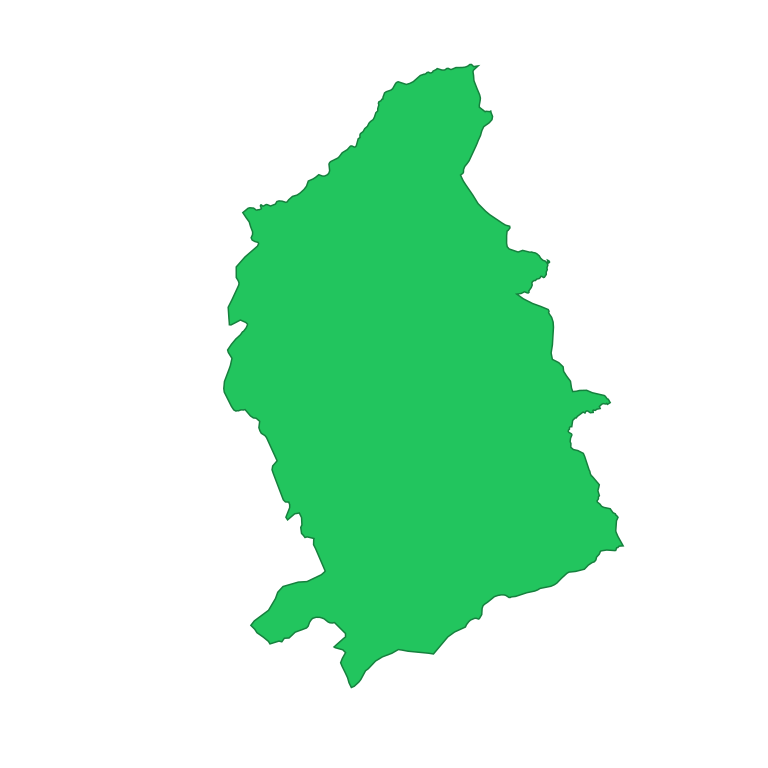 Kapanga, Katanga, Democratic Republic of the Congo, rotated 63°
{"feature_id": "63176286B41140464701712", "entity_name": "Kapanga", "entity_type": "district", "adm_level": 2, "iso_a3": "COD", "parent_name": "Democratic Republic of the Congo", "parent_adm1": "Katanga", "projection": "orthographic", "projection_center": [22.662, -8.489], "detail": "fine", "context": "isolated", "style": "filled", "palette": "green", "viewbox_px": 768, "rotation_deg": 63, "n_neighbors": 0, "source": "geoboundaries", "source_scale": "gbopen_adm2", "svg_char_len": 6170}
<svg xmlns="http://www.w3.org/2000/svg" viewBox="0 0 768 768"><g transform="rotate(63 384 384)"><path d="M636.8,244.4L626.0,244.8L621.5,244.5L620.1,244.2L611.3,238.9L610.5,237.8L609.0,236.0L606.7,236.5L606.3,236.9L604.7,236.8L602.6,238.4L597.8,239.1L593.7,244.2L591.7,245.7L589.1,246.1L586.1,247.5L584.9,247.3L583.7,245.1L582.0,244.3L581.3,242.8L576.2,241.9L573.5,239.5L571.5,237.9L560.5,240.5L560.1,240.9L557.6,240.9L555.0,240.2L553.9,240.3L539.6,238.1L536.3,237.9L531.3,241.5L528.4,245.0L525.2,246.3L521.9,244.5L519.8,244.3L517.0,242.4L514.7,239.7L513.6,239.6L511.1,241.2L509.8,241.4L508.7,240.4L508.5,239.3L507.1,238.6L506.6,237.3L507.3,236.1L502.1,232.4L501.0,229.0L501.5,228.2L500.6,226.3L499.4,219.3L501.1,218.1L500.1,216.7L500.0,215.9L500.5,214.8L503.3,213.2L504.3,210.5L502.4,209.8L502.3,209.2L503.4,207.8L503.1,205.7L504.0,202.5L501.8,202.3L500.9,199.2L500.9,197.7L502.6,195.3L502.4,194.3L503.6,194.1L503.3,190.9L499.4,191.1L498.5,191.9L495.4,192.4L494.2,193.0L486.3,202.4L481.6,206.3L478.5,212.8L477.8,215.9L476.4,219.3L472.8,218.8L466.2,216.6L459.7,217.7L454.3,218.2L450.0,216.6L444.5,218.5L438.5,222.8L432.2,221.0L425.6,216.2L410.3,207.2L405.6,205.2L400.8,204.4L396.8,204.9L395.1,204.9L394.1,203.9L392.2,203.9L386.1,209.1L379.7,215.1L371.3,221.2L364.2,224.9L365.6,220.6L365.6,217.0L367.9,215.0L368.4,214.0L368.0,213.0L366.9,212.8L364.9,209.0L363.1,207.0L361.1,206.4L360.3,205.4L359.9,203.4L360.5,202.3L359.9,200.0L360.5,197.9L360.2,196.7L359.3,195.2L360.0,194.3L361.5,193.6L361.7,192.6L360.1,189.7L357.8,188.6L356.3,186.6L354.5,186.1L352.4,184.0L351.4,183.9L350.9,183.5L350.8,181.6L350.5,181.1L349.1,181.2L347.9,182.1L349.4,182.4L350.1,183.9L348.0,184.3L345.8,186.3L343.1,187.3L340.3,187.5L337.3,188.7L335.7,189.9L334.3,191.8L333.5,192.4L332.8,194.2L327.9,199.8L327.3,204.6L320.5,211.2L317.6,211.9L314.3,210.9L307.3,207.3L303.6,204.9L303.5,203.7L302.1,200.9L300.5,200.4L297.6,203.6L294.2,205.7L281.2,212.9L276.3,215.0L266.0,218.3L256.0,219.1L243.1,220.8L238.9,221.2L232.6,221.0L232.1,218.1L231.3,217.0L229.1,215.8L226.9,213.4L225.4,210.0L223.8,206.9L213.7,194.0L211.7,191.6L209.8,189.5L206.4,185.2L204.4,183.4L202.6,181.7L200.0,178.3L199.0,171.6L197.5,167.8L194.9,165.8L190.9,165.4L189.3,165.0L189.3,166.2L187.3,169.3L187.3,170.3L180.7,173.4L178.8,172.5L175.0,169.6L173.0,168.3L169.7,167.5L162.9,167.0L155.0,166.2L153.9,165.9L149.7,164.1L146.0,162.9L144.9,161.6L143.3,155.8L141.9,160.0L139.0,161.0L138.3,162.4L138.8,165.2L138.5,167.9L137.5,170.6L134.7,176.3L134.4,180.9L133.9,182.0L131.9,183.5L131.4,184.8L131.8,187.3L131.2,188.7L130.5,189.9L127.1,193.4L127.5,194.7L127.5,198.3L128.2,199.1L128.2,201.0L127.6,202.0L126.4,202.7L126.0,204.2L126.5,205.7L126.4,207.6L126.1,207.8L125.6,211.6L127.9,220.6L127.9,224.5L127.2,228.2L126.6,228.7L121.2,234.1L121.0,235.1L121.2,236.6L121.8,237.7L125.0,242.5L125.0,243.5L125.3,244.4L124.6,249.3L124.9,251.4L126.0,252.5L127.9,254.6L129.6,255.7L129.3,256.6L130.2,258.0L130.3,260.6L131.4,261.6L133.0,261.9L135.7,264.5L137.9,265.7L138.6,268.1L141.9,271.4L143.5,273.7L144.0,276.9L144.8,279.0L146.9,281.8L147.7,285.2L149.6,288.0L150.2,291.3L151.2,292.4L153.5,293.5L153.8,295.7L159.0,300.4L159.7,301.6L159.5,302.8L157.3,304.6L156.8,305.9L158.5,310.3L159.0,316.3L161.2,320.8L161.7,322.6L161.6,330.5L162.0,331.7L162.4,332.4L163.1,333.2L169.3,335.6L171.0,337.3L171.6,338.6L171.9,340.2L171.7,342.8L170.8,344.4L167.9,347.1L168.8,351.2L169.1,354.1L168.8,359.3L172.6,363.3L174.4,367.1L175.8,372.2L176.2,375.6L175.3,380.4L176.6,385.3L177.8,387.7L177.6,389.0L174.9,391.7L173.2,394.4L172.8,396.6L174.4,399.1L173.9,404.3L171.2,406.6L170.6,407.5L170.7,410.8L170.3,411.4L168.8,411.9L168.5,412.5L169.2,413.3L171.8,413.5L172.2,414.1L172.1,416.2L171.5,417.1L171.5,418.2L171.0,418.9L168.1,420.3L166.1,423.5L165.7,425.3L167.2,432.0L173.4,431.3L178.4,430.5L183.1,431.4L188.8,432.0L191.2,433.3L193.4,436.0L195.9,436.1L198.4,434.4L200.7,431.9L202.0,432.0L203.7,434.1L207.7,450.2L212.6,462.5L222.1,467.3L225.8,467.0L228.2,467.3L229.9,468.5L232.2,471.4L239.9,481.2L244.9,488.0L255.4,492.5L259.3,494.1L261.0,494.9L261.9,493.5L261.9,488.8L261.8,482.9L266.4,479.2L268.6,478.4L269.6,479.1L271.5,481.5L273.3,485.3L273.3,486.4L275.0,489.6L276.6,495.5L279.4,502.0L282.7,507.9L285.3,508.4L292.1,507.8L297.8,512.5L300.2,515.0L309.3,525.0L315.3,528.8L318.7,530.0L334.7,530.1L338.9,529.6L340.9,528.2L341.1,527.0L341.8,525.9L342.1,523.2L343.4,520.9L343.7,519.4L351.8,517.5L354.9,515.8L356.4,513.5L360.8,511.7L366.1,515.3L369.4,515.8L372.2,515.7L375.9,513.5L378.4,513.0L403.9,514.1L406.5,520.4L409.6,522.7L413.7,523.3L441.5,526.3L444.3,525.4L446.0,522.5L448.7,522.8L451.4,524.2L458.2,531.9L461.3,531.6L459.1,522.5L460.5,518.0L465.6,518.1L472.3,521.1L474.0,523.3L479.7,525.3L482.5,524.5L484.9,524.1L485.3,521.9L489.9,516.5L490.8,517.3L495.2,519.7L499.5,519.7L524.0,521.3L524.5,522.5L525.5,526.4L525.1,542.3L521.6,550.3L518.6,565.9L521.3,573.2L525.9,578.1L533.2,589.6L536.2,607.1L538.6,612.2L543.9,610.5L547.9,610.1L554.9,606.4L560.9,603.8L563.8,603.6L565.4,594.3L567.3,592.1L565.3,588.2L567.2,583.9L564.8,575.8L566.2,563.8L565.4,561.6L562.5,558.5L561.3,556.4L560.4,554.1L561.0,550.4L562.8,547.1L564.4,545.4L566.1,543.9L570.6,541.9L572.2,540.6L573.5,538.5L574.1,536.4L588.8,531.6L591.9,533.1L592.4,535.7L595.6,547.9L596.8,547.2L602.1,541.4L605.9,540.2L609.5,545.6L612.7,549.2L616.5,549.5L624.0,549.6L629.3,549.8L634.3,550.8L639.6,550.9L639.8,547.7L638.1,541.6L636.7,538.7L631.1,530.6L630.6,527.4L627.0,517.3L626.4,509.2L627.5,499.2L627.1,491.8L629.2,488.8L633.0,483.9L644.1,466.5L647.0,462.5L638.3,441.9L637.0,433.7L637.5,421.8L635.9,419.8L634.3,416.5L633.6,414.1L633.9,409.7L634.5,408.3L636.4,406.4L636.3,405.5L633.8,401.6L628.4,398.4L626.5,396.4L625.9,394.5L625.4,390.6L623.6,382.2L624.1,378.5L625.1,375.3L626.4,372.8L627.7,371.4L631.0,369.5L631.6,368.1L631.4,367.4L633.0,363.2L634.8,351.5L636.9,343.7L637.2,340.5L637.0,337.7L640.0,327.1L640.2,323.2L639.8,320.2L637.7,314.2L635.7,306.9L635.6,304.6L638.0,298.3L640.0,289.5L638.1,284.1L637.6,279.7L637.9,277.2L636.9,275.0L634.8,273.3L633.3,269.4L631.4,267.2L631.3,266.2L633.0,261.0L637.2,254.0L637.5,253.1L635.5,251.0L635.9,249.9L635.2,248.1L636.8,244.4Z" fill="#22c55e" stroke="#15803d" stroke-width="1.5"/></g></svg>